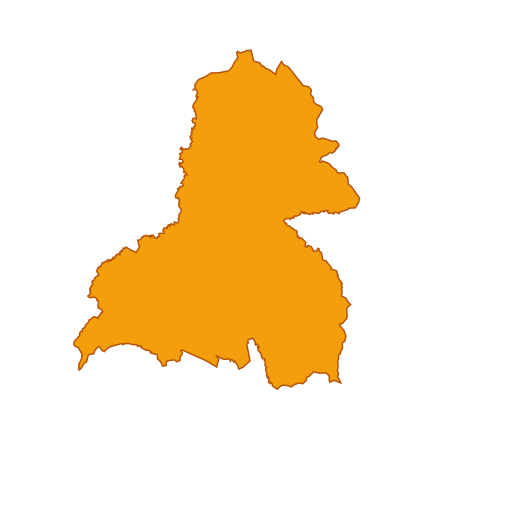 outline of Wang Chan, Rayong, Thailand, rotated 208°
{"feature_id": "78962969B3621953586830", "entity_name": "Wang Chan", "entity_type": "district", "adm_level": 2, "iso_a3": "THA", "parent_name": "Thailand", "parent_adm1": "Rayong", "projection": "albers", "projection_center": [101.511, 12.97], "detail": "fine", "context": "isolated", "style": "filled", "palette": "amber", "viewbox_px": 512, "rotation_deg": 208, "n_neighbors": 0, "source": "geoboundaries", "source_scale": "gbopen_adm2", "svg_char_len": 6155}
<svg xmlns="http://www.w3.org/2000/svg" viewBox="0 0 512 512"><g transform="rotate(208 256 256)"><path d="M234.3,391.6L235.4,393.4L239.4,395.1L242.6,393.1L252.6,391.4L255.1,388.6L259.5,389.2L262.2,392.5L261.9,398.6L264.9,401.8L266.3,405.1L265.9,416.6L268.8,418.5L275.3,418.3L277.4,419.3L279.8,422.8L284.0,424.4L284.5,427.5L285.9,429.1L289.1,430.1L294.3,428.6L316.1,438.1L321.3,437.8L324.8,439.7L325.3,430.6L323.9,425.6L333.0,426.8L335.5,426.0L338.1,427.1L339.7,426.5L343.4,428.3L349.4,427.0L357.2,435.5L358.7,433.9L361.0,433.1L361.7,431.2L365.4,427.9L368.4,427.9L368.5,426.5L365.2,422.6L366.1,415.4L365.7,412.5L366.8,406.9L375.1,400.1L381.3,396.8L384.7,390.9L389.7,384.6L390.4,378.6L388.7,375.9L389.2,373.5L387.7,374.7L386.5,374.6L384.1,372.4L384.1,368.9L381.9,369.0L382.6,367.9L381.5,365.4L382.5,361.7L382.1,359.0L381.1,357.1L379.6,357.5L379.0,355.3L377.5,354.9L373.0,349.6L373.1,348.8L375.0,348.9L376.1,347.8L376.0,345.5L374.2,344.1L372.5,344.7L371.4,344.2L370.9,341.9L371.6,341.2L370.6,339.6L372.7,338.9L372.2,337.6L371.3,337.5L371.2,334.6L369.8,334.1L370.3,330.9L369.5,329.7L367.5,330.4L368.6,329.6L368.2,328.4L365.9,327.2L366.6,323.9L365.1,322.7L366.2,318.2L368.3,317.8L369.8,316.1L373.0,316.9L373.1,314.8L371.9,315.2L370.0,313.5L369.9,312.5L371.4,310.3L370.0,310.2L369.1,305.6L366.5,306.6L364.3,304.6L365.1,303.1L367.3,302.6L367.2,301.2L366.1,301.9L365.9,300.0L364.7,298.9L364.3,300.4L361.7,299.5L359.9,298.1L359.1,296.0L357.9,296.6L355.2,295.3L356.5,295.0L357.0,292.6L355.7,291.8L356.4,285.1L354.6,285.4L353.4,284.0L354.8,281.8L355.7,281.8L355.2,280.8L356.8,278.6L355.4,277.6L355.7,272.5L354.6,269.9L351.8,270.0L351.8,271.0L351.2,270.8L349.6,269.3L349.6,267.6L348.2,266.6L348.5,265.5L347.3,263.7L343.9,262.0L342.8,259.4L343.6,256.2L342.3,255.4L342.3,252.6L340.7,251.2L340.7,248.4L344.1,247.5L342.6,245.2L346.2,244.5L345.9,242.0L346.8,242.9L348.1,242.4L347.6,241.1L348.5,239.7L347.6,239.2L347.8,238.3L350.3,237.6L350.1,234.6L348.6,234.6L347.9,233.0L352.3,230.3L350.5,227.9L352.1,226.8L351.6,225.4L354.3,223.8L353.6,224.4L354.4,225.1L357.0,226.0L357.8,225.3L357.1,224.2L358.6,224.5L358.3,223.0L359.1,222.9L359.5,223.8L360.0,222.9L362.8,222.8L363.6,221.3L364.4,221.3L364.5,219.7L365.5,219.3L365.7,215.9L367.9,214.5L364.4,210.4L363.1,210.1L363.5,203.0L369.1,202.4L375.0,202.9L375.1,201.5L376.5,200.8L375.9,200.6L376.8,199.4L376.7,196.8L377.5,197.3L377.9,195.5L376.9,193.6L377.7,193.8L377.4,192.8L378.6,193.0L380.2,191.1L379.4,189.2L380.8,188.2L380.2,188.2L380.0,186.5L381.6,186.6L381.7,183.7L382.8,183.5L382.8,184.2L384.0,183.4L383.8,181.8L384.9,183.0L387.1,178.9L388.5,178.1L388.1,174.6L390.0,171.7L389.5,167.8L385.9,165.6L388.0,161.4L387.7,158.4L388.8,157.5L388.2,155.3L387.0,154.6L387.5,149.3L387.1,148.3L385.7,148.1L385.9,146.3L384.3,145.2L385.7,141.7L383.3,141.1L379.0,143.9L376.8,143.7L375.3,142.0L374.2,142.4L373.7,141.8L371.2,136.1L367.8,136.2L365.0,134.9L366.3,132.5L365.7,132.0L366.9,128.2L366.1,126.8L370.2,126.5L371.5,125.2L372.1,122.1L373.3,121.5L372.9,119.0L374.1,114.6L373.5,112.9L374.9,110.3L374.0,107.6L375.1,107.5L375.6,105.6L374.4,103.0L376.4,95.2L375.4,92.7L373.9,91.5L369.8,91.7L363.5,87.7L361.8,83.1L361.5,76.8L360.4,75.8L360.0,73.6L358.5,72.3L357.5,75.6L357.5,80.3L355.9,82.9L357.7,90.1L353.4,93.5L353.9,97.1L352.8,101.7L351.3,102.4L347.9,100.4L345.1,100.3L343.5,105.4L340.7,108.9L334.4,114.9L332.8,115.7L331.8,115.2L331.1,116.7L327.5,118.9L321.7,120.4L320.6,121.7L318.7,121.5L318.4,120.7L315.1,122.8L314.5,121.2L309.5,121.2L304.5,122.7L303.9,120.9L296.8,122.5L294.5,118.8L290.4,117.8L286.7,114.9L283.8,117.3L285.4,119.6L285.0,121.8L279.4,126.0L276.2,125.4L274.0,128.3L275.8,131.4L275.0,133.7L275.6,136.0L278.0,137.3L276.6,138.4L251.2,140.1L238.6,139.5L240.4,147.2L243.6,149.2L236.0,149.6L231.2,152.6L229.2,151.1L229.3,152.7L228.4,153.3L225.8,151.9L225.5,152.9L222.0,151.6L218.0,148.1L215.2,151.9L212.0,160.6L222.8,173.8L221.9,175.8L223.3,176.8L223.4,178.6L220.0,182.1L215.0,178.6L215.5,177.9L214.7,177.3L213.5,178.6L211.6,177.8L210.8,176.9L211.8,176.4L210.3,175.8L210.8,175.1L209.9,173.8L204.8,171.6L204.0,169.8L201.9,168.4L199.9,169.3L199.5,167.4L197.7,166.6L196.9,163.8L194.2,162.6L194.7,161.6L193.9,159.8L190.8,157.1L191.0,156.0L189.3,154.3L188.6,155.0L188.0,153.6L187.0,154.0L185.8,150.7L184.7,150.1L183.9,151.0L183.4,150.3L183.0,151.0L181.7,150.8L180.6,149.1L175.4,148.4L174.5,148.6L173.9,151.4L171.9,154.5L167.1,156.5L163.6,156.8L162.0,160.3L158.1,164.3L154.7,165.2L153.3,169.6L154.3,173.1L152.8,174.1L150.8,180.6L144.8,182.5L139.2,185.7L135.0,184.4L132.6,180.1L131.3,179.3L128.9,182.8L121.6,183.8L127.5,188.2L127.8,191.0L130.3,192.8L131.3,196.3L134.6,201.7L134.9,204.4L136.5,207.1L135.6,209.7L136.5,211.3L136.4,215.2L139.1,220.3L137.6,222.1L139.0,227.5L143.1,231.4L148.2,233.4L150.0,235.1L147.9,237.2L146.5,243.9L151.4,252.6L149.7,257.6L153.2,258.6L156.9,261.0L161.8,260.8L163.5,265.6L165.2,266.7L164.9,268.6L166.9,270.3L166.8,271.9L174.4,276.1L174.1,277.3L175.8,278.1L177.9,280.8L183.9,279.7L184.0,281.0L191.8,284.5L195.3,283.9L199.7,289.5L202.6,290.1L203.6,291.8L205.0,291.8L204.7,289.4L207.2,287.2L211.4,290.1L215.3,289.7L215.0,288.1L216.6,287.5L217.7,288.2L218.2,291.3L224.5,293.2L226.2,292.0L227.4,293.2L228.4,292.5L229.2,294.2L230.9,295.1L230.8,296.4L232.4,297.5L233.8,296.8L236.9,297.7L238.1,297.1L240.2,298.3L242.5,297.6L244.6,298.3L244.3,299.0L246.7,299.2L248.3,300.8L246.9,303.0L244.3,304.8L242.9,304.4L242.8,306.0L240.4,307.3L241.0,308.7L240.3,309.8L239.2,310.0L236.9,312.5L236.3,315.1L236.9,316.4L235.5,316.8L234.4,315.8L233.0,316.5L233.2,317.3L231.9,316.7L231.6,317.5L228.1,317.9L227.2,319.5L225.3,319.9L225.9,321.1L220.5,323.2L219.3,326.2L217.5,326.7L217.3,327.7L216.4,327.3L215.7,329.0L213.8,329.8L213.6,328.4L211.5,327.9L209.5,329.4L207.1,329.6L207.2,331.6L206.5,332.1L202.5,332.4L202.8,333.8L196.8,340.2L196.4,341.8L190.9,345.2L190.6,351.5L191.6,355.6L204.1,362.0L208.3,362.8L212.1,368.6L214.2,368.9L216.8,370.7L219.4,369.9L220.6,368.4L223.5,367.7L225.5,369.6L231.6,370.3L232.6,371.3L236.1,371.9L242.0,371.1L242.3,369.3L244.1,368.8L244.5,374.3L240.4,379.1L239.3,382.2L236.8,382.8L235.6,385.8L235.9,388.4L235.0,388.4L235.4,389.8L234.3,391.6Z" fill="#f59e0b" stroke="#b45309" stroke-width="1.5"/></g></svg>